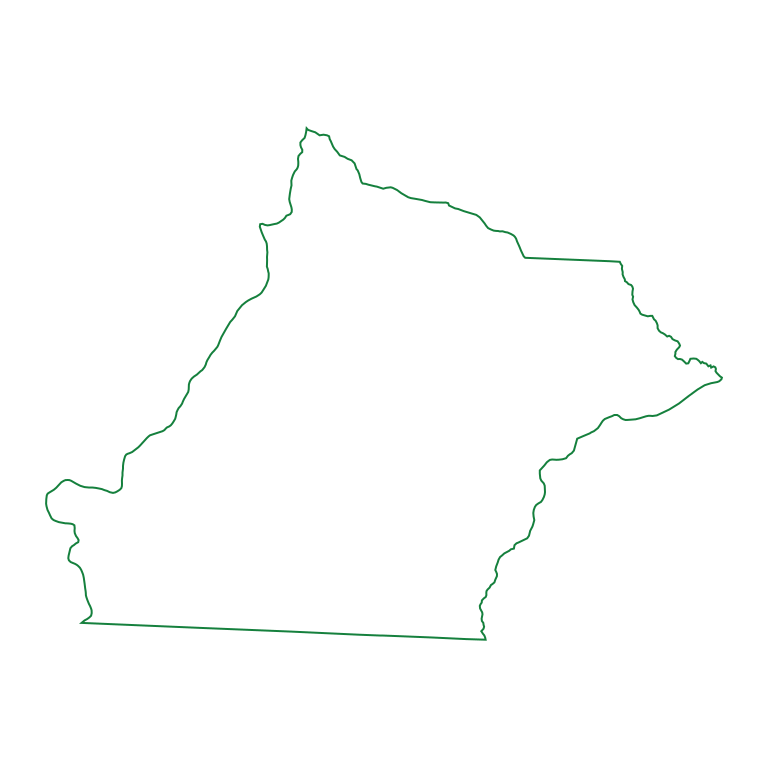 Porto Esperidião, Mato Grosso, Brazil (orthographic projection)
{"feature_id": "56859067B36825923624990", "entity_name": "Porto Esperidião", "entity_type": "district", "adm_level": 2, "iso_a3": "BRA", "parent_name": "Brazil", "parent_adm1": "Mato Grosso", "projection": "orthographic", "projection_center": [-58.974, -15.892], "detail": "fine", "context": "isolated", "style": "outline", "palette": "green", "viewbox_px": 768, "rotation_deg": 0, "n_neighbors": 0, "source": "geoboundaries", "source_scale": "gbopen_adm2", "svg_char_len": 6051}
<svg xmlns="http://www.w3.org/2000/svg" viewBox="0 0 768 768"><path d="M721.4,379.3L721.9,377.6L720.0,376.3L716.5,372.7L715.5,371.1L715.9,368.9L715.3,367.3L713.6,366.4L711.2,367.6L710.5,365.4L708.4,366.3L706.3,363.6L703.9,363.1L702.3,361.9L700.9,363.2L699.1,361.0L697.7,359.8L696.3,358.8L693.6,358.5L690.4,358.8L689.5,360.9L688.3,363.3L686.2,363.6L684.1,361.5L682.0,359.6L680.0,359.0L678.0,359.1L676.2,357.9L674.8,356.1L675.4,353.9L675.4,352.0L676.8,349.7L679.2,347.2L680.0,345.6L679.2,343.6L677.6,341.3L674.9,340.4L672.5,339.1L671.0,336.8L669.1,335.8L667.2,336.5L664.8,334.4L662.7,333.1L660.9,332.4L659.0,330.7L657.6,328.2L657.6,325.3L656.9,323.2L655.6,320.7L654.0,319.3L653.2,317.7L652.3,315.9L650.1,315.9L647.8,316.3L642.2,314.7L640.4,313.6L639.6,311.6L638.6,309.8L636.8,307.5L634.6,305.1L633.3,302.3L632.5,299.4L633.1,296.7L632.3,294.8L632.5,291.5L633.0,288.7L632.3,286.5L631.1,285.0L628.5,284.1L626.8,282.2L625.0,281.1L624.8,279.3L623.5,276.9L622.6,274.4L622.7,272.1L621.9,268.8L622.2,265.9L620.7,263.8L619.8,261.8L609.5,261.2L525.2,257.8L523.7,256.3L521.0,250.6L519.4,246.6L517.0,241.3L516.1,238.7L514.9,236.8L513.6,235.5L511.0,234.0L507.6,232.5L505.2,232.1L502.6,231.3L499.8,231.4L498.1,231.0L495.9,230.9L493.7,230.6L491.2,229.6L488.1,228.1L486.2,225.8L484.6,223.4L479.8,217.4L476.3,214.9L463.7,211.1L458.2,209.0L455.1,208.4L449.0,205.5L448.2,203.2L445.7,202.5L443.9,202.6L434.5,202.4L430.2,202.2L425.1,200.9L422.0,200.0L415.2,198.8L410.9,198.1L408.1,197.2L401.3,193.2L397.0,190.0L392.6,187.8L390.7,187.3L386.4,187.8L383.2,188.7L376.8,186.6L375.0,186.3L368.4,184.7L365.9,183.9L362.6,183.5L361.4,181.9L360.2,178.0L359.3,174.2L357.7,170.4L356.5,169.1L354.6,163.4L351.6,160.3L347.6,158.8L344.6,156.9L339.8,155.4L337.2,151.8L334.7,149.1L333.1,146.6L330.8,141.2L329.7,139.1L329.1,136.3L327.0,135.3L323.5,134.7L319.6,135.3L315.3,132.3L311.5,131.1L308.1,129.9L306.6,128.3L306.2,131.6L305.5,135.0L304.6,137.9L302.1,140.3L300.4,142.5L300.4,145.1L301.0,147.3L302.3,149.8L302.2,152.2L300.3,153.8L298.5,156.0L298.0,158.9L298.3,161.9L298.3,163.6L298.2,165.6L297.6,167.7L296.7,169.3L294.8,171.4L294.0,173.0L293.0,175.1L292.0,178.1L291.3,180.7L291.5,185.4L290.7,188.9L289.9,193.6L289.2,199.1L289.7,201.9L291.4,207.3L291.8,209.5L291.7,212.0L290.2,214.2L288.5,214.9L286.4,215.7L284.9,218.0L283.3,219.6L278.9,222.6L276.8,223.6L274.6,224.0L269.6,225.1L267.5,225.4L264.9,224.9L262.5,223.8L260.2,224.2L259.8,226.7L261.7,232.3L263.2,235.9L264.8,239.6L266.0,241.5L266.7,243.6L267.0,246.3L267.1,249.9L267.4,252.3L267.0,257.0L267.1,259.9L267.0,264.0L266.9,266.6L267.7,269.0L268.2,271.5L268.7,273.3L268.7,275.1L268.6,277.4L268.3,279.5L267.1,282.6L265.9,285.8L263.7,289.3L261.6,292.6L259.8,294.3L256.4,296.5L251.5,298.7L248.2,300.5L245.8,302.1L242.0,305.2L237.3,311.0L235.0,316.3L232.3,319.7L230.2,322.0L226.0,329.0L221.5,337.0L220.1,340.3L218.2,345.2L217.4,346.8L216.1,348.4L214.0,350.9L212.3,352.6L210.5,354.9L209.3,357.0L207.4,360.1L206.4,362.3L205.8,364.5L204.5,367.2L202.2,370.1L200.6,371.2L196.9,374.6L193.9,376.6L191.7,378.6L190.2,380.8L189.5,382.4L188.9,384.5L188.7,389.5L188.2,392.0L184.1,398.9L182.8,401.7L182.1,403.6L180.3,406.3L178.7,408.0L177.7,409.8L176.6,412.2L176.3,414.3L175.8,416.5L175.2,418.8L173.6,421.5L172.3,423.5L170.8,425.3L169.1,426.5L167.0,427.4L165.7,428.6L164.4,430.1L162.5,431.2L153.6,434.1L150.0,435.3L148.6,436.4L146.8,438.1L140.0,445.6L138.3,447.3L132.2,452.0L129.5,453.2L127.9,453.7L126.3,454.5L125.1,456.2L124.1,459.6L123.4,462.7L123.0,466.0L123.0,468.6L122.5,472.5L122.5,475.5L122.1,478.3L121.9,480.5L122.0,483.9L121.9,486.2L121.3,488.2L119.7,489.8L117.4,491.3L115.3,492.4L113.0,492.9L109.8,492.2L107.1,490.9L104.4,490.1L101.9,489.1L99.0,488.5L95.8,487.9L92.1,487.5L88.7,487.5L84.6,487.1L80.3,485.8L76.0,483.6L71.2,480.8L69.4,480.1L67.7,480.0L65.5,480.1L63.8,480.8L61.3,482.3L58.6,485.2L56.3,487.7L53.8,489.8L49.2,492.6L47.7,493.6L46.8,495.3L46.3,499.1L46.1,503.7L46.5,506.2L47.5,509.9L49.0,512.9L50.0,515.2L51.6,518.4L53.5,520.0L55.5,520.9L58.8,522.1L65.3,523.3L67.8,523.4L70.8,523.7L72.7,524.2L74.4,525.3L74.7,528.1L74.5,531.0L74.8,533.2L76.0,536.0L77.6,538.2L78.6,540.1L78.2,542.2L75.8,543.5L73.9,545.1L72.1,546.2L70.4,548.2L69.1,553.6L68.6,555.7L68.3,558.2L68.9,560.3L70.6,562.0L72.9,563.0L74.9,563.8L76.7,564.8L78.1,565.9L79.9,567.7L81.2,569.9L82.1,572.0L83.1,574.6L83.8,577.9L84.6,583.6L85.2,588.5L85.6,591.0L85.8,593.0L85.9,595.3L86.4,597.2L87.4,600.1L88.9,603.8L90.1,606.1L91.1,608.6L91.6,610.3L91.7,613.1L91.1,615.7L89.4,617.4L87.2,619.0L84.6,620.4L81.6,622.9L200.5,627.9L291.3,631.6L358.8,634.7L379.4,635.5L381.8,635.5L404.9,636.4L432.3,637.5L466.3,639.1L485.6,639.7L485.2,637.7L484.3,635.4L482.9,633.7L481.3,631.2L483.5,628.8L484.1,626.7L483.6,625.0L483.3,622.9L481.9,621.0L481.6,618.7L482.5,614.3L482.2,612.4L480.1,608.5L479.8,605.9L480.5,604.3L481.7,602.6L481.9,600.4L483.8,598.4L485.7,597.0L486.4,595.1L486.3,592.9L486.5,591.1L487.6,589.5L489.6,587.6L490.9,585.1L492.5,584.0L494.4,582.4L495.3,579.7L496.9,576.2L497.0,574.0L496.3,572.1L495.3,570.0L496.2,566.4L497.7,562.5L498.6,559.6L500.1,557.0L502.0,555.5L504.3,553.4L509.2,550.8L510.9,549.3L513.9,548.6L514.5,545.2L516.5,543.3L518.5,542.5L527.2,538.3L529.0,535.7L530.2,530.8L532.4,526.6L533.1,524.5L534.3,520.1L533.6,516.5L533.3,513.0L533.8,509.9L534.9,506.9L536.2,505.0L538.4,503.4L541.0,501.9L542.4,500.0L543.9,497.0L544.7,494.4L545.0,492.1L544.7,485.7L543.8,483.4L541.3,480.6L540.3,478.4L539.8,473.6L539.8,470.4L544.3,465.5L546.8,462.3L548.4,461.0L549.9,459.9L552.2,459.5L556.5,459.8L558.7,459.7L562.3,459.3L566.1,458.2L567.9,455.8L569.8,454.3L571.7,453.2L573.9,450.6L577.2,438.7L583.7,435.9L589.7,433.4L591.2,432.4L593.9,431.2L597.9,428.1L600.2,424.8L601.5,422.7L602.9,420.7L604.8,419.0L609.4,417.1L611.9,416.2L614.3,415.0L617.2,415.0L619.2,416.2L621.2,418.2L623.3,419.3L625.6,420.0L628.0,419.9L631.9,419.6L635.6,419.3L639.9,418.2L643.1,417.2L646.0,416.3L648.5,415.8L650.2,415.8L652.5,416.0L656.8,415.4L669.1,409.6L679.0,403.5L688.7,396.0L697.6,389.5L704.7,385.2L711.1,383.2L717.4,382.0L719.3,381.2L721.4,379.3Z" fill="none" stroke="#15803d" stroke-width="2"/></svg>